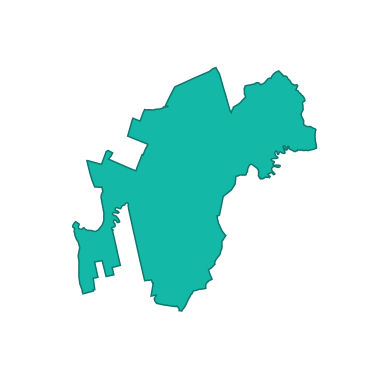 outline of Turulung, Satu Mare, Romania, rotated 338°
{"feature_id": "2599482B56288679911184", "entity_name": "Turulung", "entity_type": "district", "adm_level": 2, "iso_a3": "ROU", "parent_name": "Romania", "parent_adm1": "Satu Mare", "projection": "orthographic", "projection_center": [23.099, 47.923], "detail": "fine", "context": "isolated", "style": "filled", "palette": "teal", "viewbox_px": 384, "rotation_deg": 338, "n_neighbors": 0, "source": "geoboundaries", "source_scale": "gbopen_adm2", "svg_char_len": 6088}
<svg xmlns="http://www.w3.org/2000/svg" viewBox="0 0 384 384"><g transform="rotate(338 192 192)"><path d="M135.6,297.1L138.0,298.5L138.2,298.1L142.0,295.9L144.1,294.3L148.2,290.3L150.6,288.5L152.2,287.0L153.3,286.6L155.5,285.0L155.9,284.4L156.6,284.3L158.9,284.7L162.5,285.0L166.3,286.1L168.7,286.5L170.0,283.1L171.9,281.6L173.4,281.2L173.5,280.8L173.8,280.7L178.0,280.4L177.8,276.2L178.1,270.4L181.6,269.6L186.3,267.5L186.5,265.9L189.4,263.3L192.3,261.6L193.2,261.3L194.7,260.1L196.0,258.4L196.9,256.9L197.9,256.4L199.4,253.9L200.8,249.9L201.0,249.5L201.7,248.8L207.1,245.0L206.7,244.4L205.4,239.8L205.0,235.0L204.9,230.3L205.3,228.7L205.4,226.7L206.2,224.1L206.1,223.6L206.5,223.5L208.0,223.9L208.8,223.7L219.3,207.8L229.3,204.8L234.9,200.8L236.7,197.6L238.3,194.2L239.6,193.9L240.0,194.2L241.2,194.4L242.7,194.1L243.4,194.3L245.1,195.3L246.2,195.5L247.1,196.1L248.3,196.3L248.9,195.9L249.5,194.9L250.9,194.0L251.3,193.5L251.5,192.7L252.6,191.1L255.2,188.6L257.5,188.5L258.6,189.6L259.0,190.6L261.4,194.5L261.7,197.2L260.6,200.0L259.7,201.6L259.7,202.5L259.8,203.4L260.3,205.3L260.8,204.9L261.5,205.9L262.5,206.2L263.8,206.2L265.0,205.8L266.2,205.8L266.8,206.1L267.1,206.6L268.6,207.0L269.1,207.7L270.2,206.9L269.4,205.3L269.3,204.6L268.9,203.9L272.5,203.7L273.3,203.9L274.0,206.2L274.4,206.6L275.3,206.6L275.6,206.3L275.5,205.8L275.0,204.5L274.5,203.7L274.2,202.4L274.2,201.3L274.4,200.4L274.7,199.9L276.8,198.9L277.5,198.9L278.2,199.2L280.0,200.8L281.1,201.5L282.0,201.6L283.1,201.4L283.5,201.0L283.5,200.4L282.6,199.8L282.4,199.5L277.9,197.9L277.4,197.3L277.3,197.1L277.5,196.4L279.2,195.5L279.6,195.0L279.6,194.5L279.1,194.0L278.3,193.6L277.8,192.9L277.5,192.1L277.5,191.6L277.7,191.4L278.7,191.2L280.5,191.6L283.0,192.6L283.7,192.5L284.1,192.1L284.4,192.3L284.5,191.9L283.4,190.1L283.1,189.2L283.3,187.1L284.1,186.0L285.5,185.6L286.0,186.1L286.0,186.5L285.5,187.5L285.4,188.5L285.6,189.3L285.8,189.4L286.1,189.5L286.6,189.3L287.9,187.8L288.6,187.7L289.1,187.8L289.5,188.6L290.1,189.5L291.4,190.6L292.3,190.8L293.0,190.4L293.2,189.5L293.0,188.7L293.0,187.1L293.4,186.1L293.3,184.7L293.4,184.3L294.1,183.7L294.9,183.7L295.3,184.0L295.3,184.7L295.2,185.3L294.0,187.3L294.2,187.7L295.2,188.5L295.9,188.4L296.2,188.3L296.6,186.8L297.1,186.0L297.4,185.8L298.4,185.8L298.8,186.0L298.9,186.5L298.0,187.2L297.9,187.8L299.5,189.9L300.2,190.4L302.2,193.0L303.3,193.2L304.8,192.7L305.2,193.2L305.9,192.7L310.1,194.6L310.6,195.2L313.6,196.2L314.9,197.0L320.5,197.9L323.6,198.0L324.3,197.1L324.4,196.1L324.8,194.9L325.1,193.7L325.1,192.6L325.6,190.6L325.7,190.1L326.1,189.0L326.9,186.4L327.5,185.3L327.6,184.3L328.2,183.7L329.0,182.3L330.2,180.7L330.1,180.1L329.8,179.6L328.1,178.0L326.6,176.1L326.0,175.5L322.9,174.3L321.1,171.9L320.9,171.2L322.3,167.4L321.9,161.6L323.0,159.7L325.8,157.5L327.4,152.9L327.5,151.7L327.7,151.2L328.6,150.1L330.8,149.8L331.2,148.6L331.1,145.9L330.6,144.2L329.9,143.2L329.5,141.6L328.6,140.0L328.3,139.1L328.3,138.3L328.1,137.8L326.5,136.3L329.8,133.1L329.4,131.8L328.0,131.6L327.1,131.3L325.6,129.8L324.9,128.3L324.4,125.0L323.6,123.7L323.4,123.0L323.1,120.4L321.8,119.3L320.1,118.9L320.0,118.7L320.4,118.5L317.8,112.2L315.2,112.3L313.0,112.7L311.2,113.5L309.2,114.8L308.4,115.5L307.9,116.3L306.9,115.6L304.6,115.5L301.1,117.6L300.0,117.8L299.1,118.3L295.8,118.2L295.4,117.6L295.4,117.0L295.1,116.3L294.7,115.7L293.0,114.9L292.4,114.9L291.7,115.2L291.3,114.9L290.5,115.4L288.3,114.8L286.8,114.7L282.4,113.7L281.0,113.6L280.3,114.6L279.3,115.4L279.1,115.8L278.1,118.8L277.5,120.3L277.3,120.9L277.5,122.5L277.1,124.2L276.9,124.4L275.0,125.0L272.4,126.1L271.8,126.6L269.1,127.7L262.3,128.8L261.9,129.0L261.8,129.7L259.4,131.5L258.2,133.2L257.7,131.8L258.6,122.4L259.6,113.7L259.9,109.6L261.7,92.9L260.8,87.0L260.8,85.6L259.0,85.5L256.5,85.7L254.6,86.5L252.8,86.8L239.6,87.1L215.6,88.1L214.2,89.1L205.1,97.0L199.5,102.2L201.0,102.9L202.3,104.0L197.3,102.5L197.1,103.3L194.8,103.1L192.6,102.8L191.3,102.3L188.0,101.5L186.3,101.4L184.0,100.0L180.3,98.7L179.0,97.8L176.3,100.3L170.4,106.8L164.8,101.4L163.0,103.6L153.3,116.1L169.0,131.2L166.2,133.9L165.6,134.0L160.5,139.4L159.8,138.6L150.5,148.4L147.9,151.4L140.5,144.2L126.8,130.1L130.3,128.4L133.1,126.0L129.8,122.1L127.7,122.3L118.4,132.5L107.3,124.0L106.3,123.5L104.3,137.3L103.7,144.0L103.7,150.9L110.3,153.9L109.5,158.1L106.9,160.6L105.7,162.6L102.4,178.7L101.2,181.3L100.1,184.2L99.3,185.7L97.8,187.5L96.5,188.8L95.5,189.5L90.8,192.1L88.3,192.4L87.2,192.2L86.3,191.7L85.0,190.5L83.8,189.7L80.7,188.4L79.3,186.9L78.4,184.7L78.0,184.5L77.5,184.5L76.3,185.2L75.2,185.1L73.5,183.7L73.4,182.7L73.9,181.2L75.0,180.3L75.3,179.6L75.1,178.8L74.2,178.0L73.6,176.7L72.5,175.5L72.6,175.9L69.5,177.9L68.6,178.9L68.4,180.0L69.5,181.8L67.8,184.7L67.8,186.3L67.4,187.5L67.2,188.8L67.1,192.4L67.8,195.5L67.1,201.5L62.5,208.6L61.3,213.8L55.3,228.5L53.6,235.2L53.4,242.6L52.8,243.4L52.9,245.4L52.8,245.6L63.5,246.9L64.0,245.6L65.3,246.1L68.1,235.0L72.8,235.9L75.5,220.4L83.0,222.0L80.7,238.2L88.5,239.5L89.7,232.1L98.1,233.2L99.9,221.6L101.2,214.3L103.8,197.9L104.5,198.0L104.6,197.9L104.5,197.2L104.0,196.9L103.8,196.3L103.7,195.9L103.9,195.5L105.0,195.0L106.7,195.3L107.4,195.2L107.9,194.9L108.5,193.2L108.5,192.7L108.0,191.1L108.0,190.6L108.2,189.9L108.7,189.1L109.0,188.9L110.2,189.1L110.5,189.5L111.0,190.6L111.1,191.7L111.4,192.4L113.0,192.8L113.9,192.2L113.8,190.3L113.2,187.7L112.4,185.7L110.6,184.0L110.3,183.5L110.0,182.9L110.2,182.3L110.6,181.9L111.4,181.7L113.4,182.6L115.3,183.9L116.0,183.9L116.6,183.6L116.6,183.2L116.4,182.6L116.0,181.9L114.1,180.3L114.1,179.5L114.9,178.5L116.0,178.1L117.2,178.8L119.2,180.7L119.6,180.7L120.2,180.3L121.2,179.2L121.8,178.8L123.0,178.6L124.5,178.8L126.6,177.5L127.8,177.6L128.3,178.1L128.5,178.5L128.5,179.1L127.7,180.8L126.8,184.4L118.1,236.0L114.9,256.5L121.4,258.3L121.3,262.0L121.9,262.1L115.0,273.2L120.2,274.1L119.3,275.1L117.2,276.7L116.9,277.0L116.8,278.6L116.9,280.0L117.3,281.5L117.7,281.7L117.6,282.1L123.5,286.1L131.8,290.9L134.5,292.3L135.1,291.9L135.3,292.0L135.8,293.4L136.2,295.5L136.2,296.4L135.6,297.1Z" fill="#14b8a6" stroke="#0f766e" stroke-width="1.5"/></g></svg>